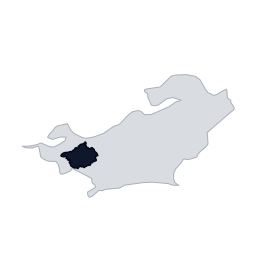 location of Buenos Aires, Puntarenas, Costa Rica, rotated 117°
{"feature_id": "36466004B75428693831232", "entity_name": "Buenos Aires", "entity_type": "district", "adm_level": 2, "iso_a3": "CRI", "parent_name": "Costa Rica", "parent_adm1": "Puntarenas", "projection": "natural_earth1", "projection_center": [-83.259, 9.079], "detail": "fine", "context": "in_parent", "style": "filled", "palette": "ink", "viewbox_px": 256, "rotation_deg": 117, "n_neighbors": 0, "source": "geoboundaries", "source_scale": "gbopen_adm2", "svg_char_len": 6349}
<svg xmlns="http://www.w3.org/2000/svg" viewBox="0 0 256 256"><g transform="rotate(117 128 128)"><path d="M207.2,131.0L207.0,132.0L206.2,133.1L205.0,134.1L203.4,134.9L199.7,132.6L196.0,130.1L193.9,131.3L193.2,134.6L191.8,136.2L190.1,136.9L189.4,138.0L189.3,149.0L189.4,159.5L192.2,159.7L196.8,163.3L198.8,165.4L199.5,167.4L198.9,168.4L195.5,170.6L192.2,173.5L190.5,177.1L193.4,182.9L194.0,186.8L193.9,190.9L193.1,192.9L186.7,197.7L185.3,199.3L185.4,200.5L189.0,203.8L190.7,206.9L192.1,210.7L192.3,214.0L189.1,207.9L184.6,202.1L180.7,198.5L180.4,190.1L178.8,185.5L173.0,181.3L168.0,178.4L164.3,179.0L166.5,183.8L172.4,190.0L172.8,192.4L172.7,195.5L168.7,195.1L165.1,193.8L160.7,193.3L157.8,191.4L151.7,184.0L156.1,177.7L157.4,173.6L157.3,165.0L156.3,160.8L151.6,154.5L144.1,147.5L133.5,141.8L128.6,137.3L116.2,133.7L111.5,131.4L107.9,127.1L107.3,124.0L108.6,119.2L105.2,113.2L90.5,101.2L82.3,96.8L80.6,94.2L79.2,93.4L80.5,101.7L84.1,106.6L93.5,111.3L96.0,114.0L97.1,117.5L91.6,124.2L88.8,125.9L88.0,129.6L86.2,130.7L84.4,128.6L76.8,118.0L62.1,113.0L59.4,109.9L54.0,100.3L51.4,91.5L52.4,85.6L58.4,76.5L60.3,72.5L59.9,70.1L60.1,66.5L57.9,64.0L52.3,60.7L48.8,58.1L49.7,56.8L56.1,53.2L56.6,50.0L56.5,49.0L57.6,48.8L58.5,47.9L59.1,47.0L60.8,44.0L62.4,42.2L64.1,42.0L66.3,43.2L74.3,46.5L83.3,50.2L96.1,55.4L101.4,52.1L105.9,49.5L109.1,49.9L116.0,52.9L120.1,53.8L122.7,53.5L127.0,57.9L129.4,61.2L129.8,63.4L131.2,64.5L134.6,64.8L143.0,67.0L148.1,66.6L152.7,64.2L155.3,61.4L156.1,57.0L157.3,59.2L158.7,62.6L159.3,67.1L165.3,81.9L170.1,90.2L180.6,105.3L185.2,108.1L192.9,120.2L195.5,122.3L197.0,125.8L205.0,128.8L207.2,131.0Z" fill="#d9dde1" stroke="#a8b0b8" stroke-width="1"/><path d="M178.8,173.4L179.1,173.7L179.2,173.8L179.4,173.9L179.7,174.1L179.8,174.1L180.0,174.2L180.1,174.4L180.2,174.5L180.4,174.6L180.6,174.7L181.2,175.0L181.7,175.0L182.2,175.2L182.9,175.2L183.0,175.2L183.3,174.9L183.4,174.7L183.4,174.4L183.0,174.2L182.8,173.9L182.8,173.5L182.8,173.4L182.8,173.2L183.0,172.9L183.1,172.6L182.8,172.2L182.7,171.9L182.4,171.9L182.2,171.6L181.9,171.3L181.8,171.2L181.7,170.8L181.5,170.7L181.6,170.4L181.6,170.2L181.7,169.9L181.7,169.7L181.9,169.7L182.0,169.7L182.3,169.6L182.5,169.4L182.9,169.4L183.0,169.4L183.0,169.2L182.9,169.2L182.9,168.6L182.8,168.4L182.6,168.3L182.6,168.2L182.8,167.7L183.1,167.7L183.3,167.6L183.5,167.4L183.7,167.2L183.8,166.9L183.7,166.6L183.6,166.3L183.6,166.1L183.4,165.9L183.3,165.7L183.0,165.6L182.8,165.5L182.7,165.4L183.1,164.9L183.5,164.7L183.9,164.7L184.2,164.7L184.5,164.8L184.9,164.8L185.2,164.8L185.3,164.7L185.6,164.3L185.6,164.0L185.8,163.8L185.9,163.4L186.0,163.1L186.2,162.8L186.3,162.8L186.6,162.8L186.7,162.6L186.9,162.5L187.2,162.0L187.4,161.9L187.7,161.6L187.6,161.0L187.6,160.9L187.7,160.7L187.9,160.3L187.9,160.1L187.8,159.9L188.0,159.2L187.8,158.8L187.8,158.6L188.0,158.2L188.0,157.9L187.9,157.7L187.7,157.5L187.6,157.4L187.6,157.2L187.4,156.8L187.4,156.5L187.2,156.4L187.1,156.0L186.9,155.8L186.8,155.6L186.9,155.3L186.8,154.7L186.9,154.4L186.7,154.1L186.4,154.2L186.1,154.2L185.6,154.0L185.2,154.0L185.1,153.9L184.5,153.9L184.3,153.9L184.2,153.7L184.0,153.4L183.8,153.3L183.7,153.2L183.5,152.9L183.4,152.5L183.4,152.4L183.6,152.2L183.8,152.1L183.8,151.9L183.7,151.8L183.7,151.7L183.4,151.4L183.3,151.2L182.9,150.9L182.9,150.6L182.8,150.2L182.9,149.9L183.1,149.7L183.1,149.4L183.1,149.1L182.8,148.9L182.6,148.8L182.3,148.8L182.1,148.8L181.9,148.7L181.7,148.6L181.6,148.3L181.4,148.2L181.1,148.0L181.0,147.9L180.9,147.7L180.3,147.6L180.2,147.5L180.2,147.4L179.7,146.9L179.6,146.7L179.4,146.5L179.2,146.4L179.1,146.2L178.9,146.0L178.8,145.8L178.7,145.7L178.6,145.4L178.5,145.2L178.3,144.9L178.2,144.9L177.9,144.8L177.5,145.0L177.1,144.9L176.9,145.0L176.3,145.1L176.1,145.1L175.8,145.0L175.7,144.8L175.4,144.6L175.3,144.3L175.1,144.1L174.9,144.1L174.5,144.0L174.0,143.7L173.6,143.5L173.4,143.2L173.2,143.2L172.8,143.1L172.7,142.8L172.6,142.6L172.4,142.4L172.1,142.0L172.0,141.9L171.8,141.8L171.7,141.7L171.4,141.6L170.9,141.7L170.8,141.8L170.7,141.9L170.6,142.1L170.3,142.4L170.3,142.5L170.2,142.6L170.1,142.9L170.0,143.1L169.9,143.3L169.7,143.4L169.5,143.5L169.2,143.6L168.8,143.6L168.2,143.7L167.9,143.9L167.7,144.0L167.5,143.9L167.4,143.7L167.3,143.4L167.2,143.3L166.9,143.2L166.8,142.9L166.6,142.7L166.4,142.6L166.2,142.5L165.9,142.8L165.7,143.0L165.5,143.3L165.4,143.4L165.2,143.5L165.0,143.9L164.9,144.1L164.7,144.3L164.6,144.6L164.4,144.9L164.3,145.4L164.2,145.8L164.1,146.2L164.0,146.6L163.9,146.8L163.8,147.0L163.5,147.6L163.3,148.0L163.2,148.1L162.6,148.3L162.5,148.5L162.4,148.8L162.4,149.0L162.3,149.3L162.3,149.6L162.2,149.7L162.2,150.0L162.1,150.4L162.0,150.5L161.9,150.6L161.6,151.1L161.9,150.9L162.0,150.9L162.0,151.1L162.0,151.4L162.2,151.7L162.6,151.7L162.7,151.8L162.8,151.9L163.0,152.0L163.3,152.1L163.3,151.9L163.5,151.8L163.7,152.1L163.7,152.4L163.9,152.6L164.0,152.8L163.9,153.4L164.2,154.0L164.2,154.4L163.8,154.4L163.7,154.7L163.6,154.9L163.6,155.1L163.7,155.3L163.8,155.5L164.0,155.7L164.1,155.9L164.1,156.3L163.4,156.8L163.3,157.0L163.2,157.1L162.7,157.4L162.5,157.6L162.4,157.8L162.5,158.0L162.6,158.3L162.3,158.6L162.2,158.6L161.8,158.5L161.6,158.3L161.3,158.4L161.1,158.4L160.8,158.4L160.6,158.4L160.5,158.5L160.3,158.8L160.3,159.0L160.1,159.1L159.9,159.3L159.8,159.5L160.0,159.8L160.4,159.9L160.8,160.1L161.3,160.1L161.5,160.2L161.9,160.3L162.1,160.4L162.3,160.7L162.4,160.8L162.8,161.0L163.0,161.3L163.0,161.5L163.3,161.8L163.5,162.0L163.8,162.2L163.9,162.3L164.0,162.4L164.2,162.9L164.4,163.0L164.5,163.0L165.0,163.1L165.3,163.1L165.5,163.3L166.1,163.3L166.3,163.6L166.5,163.9L166.6,164.0L166.8,164.0L166.9,163.8L166.9,163.4L166.9,163.2L167.1,163.1L167.3,163.1L167.6,163.2L167.7,163.5L167.8,163.5L168.1,163.5L168.7,163.8L169.0,164.0L169.1,164.9L169.0,165.1L169.0,165.3L169.7,165.8L170.5,166.0L170.7,165.8L170.9,165.7L171.0,165.7L171.2,165.8L171.4,165.8L171.7,165.9L172.1,166.2L172.3,166.4L172.4,166.6L172.7,166.8L172.8,166.8L173.1,166.7L173.3,166.6L173.6,166.8L173.7,167.0L174.0,167.2L174.2,167.3L174.4,167.3L174.7,167.4L174.8,167.6L174.8,167.8L174.9,168.2L175.0,168.3L175.2,168.5L175.3,168.8L175.5,169.0L176.2,169.6L176.3,169.8L176.5,170.0L176.8,170.3L176.9,170.5L177.0,170.6L177.3,170.9L177.3,171.0L177.7,171.4L177.8,171.5L177.8,171.8L178.0,172.0L178.2,172.6L178.3,172.8L178.7,173.1L178.8,173.4L178.8,173.4Z" fill="#0f172a" stroke="#020617" stroke-width="1.5"/></g></svg>